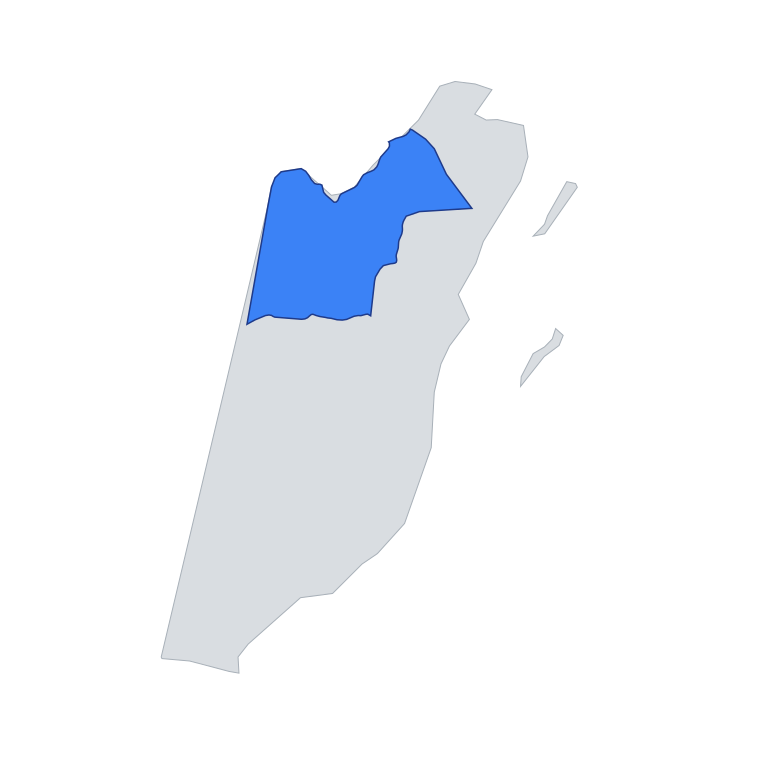 Belize, with Orange Walk highlighted, rotated 11°
{"feature_id": "BLZ-1326", "entity_name": "Orange Walk", "entity_type": "District", "adm_level": 1, "iso_a3": "BLZ", "parent_name": "Belize", "parent_adm1": "", "projection": "albers", "projection_center": [-88.77, 17.784], "detail": "fine", "context": "in_parent", "style": "filled", "palette": "blue", "viewbox_px": 768, "rotation_deg": 11, "n_neighbors": 0, "source": "natural_earth", "source_scale": "10m", "svg_char_len": 2210}
<svg xmlns="http://www.w3.org/2000/svg" viewBox="0 0 768 768"><g transform="rotate(11 384 384)"><path d="M235.9,232.7L235.8,211.7L242.4,195.2L261.4,188.3L286.1,202.7L296.3,208.8L305.6,205.4L317.2,196.5L331.6,171.0L367.5,118.4L381.9,81.0L396.0,73.5L416.3,72.1L433.8,74.5L421.6,101.8L433.9,105.4L444.9,102.8L471.6,103.6L482.0,133.6L479.3,158.7L454.3,225.1L451.2,247.9L439.8,281.9L455.5,304.3L441.0,334.2L436.1,353.4L434.9,382.4L442.5,437.5L430.8,517.0L409.9,551.7L396.8,564.9L373.5,599.4L342.8,609.7L300.3,665.2L292.8,679.8L296.8,695.5L286.9,695.7L246.0,693.0L218.4,695.9L217.4,694.5L219.8,634.8L223.5,542.4L226.2,474.6L228.9,408.3L230.9,358.6L233.6,291.0L235.9,232.7ZM513.1,205.9L502.2,210.4L511.1,196.5L512.4,187.6L524.8,150.5L533.8,150.7L536.2,154.0L513.1,205.9ZM536.0,326.5L518.5,360.3L517.3,350.7L524.6,325.7L534.5,317.0L540.6,307.7L541.9,296.8L550.6,302.1L548.5,312.8L536.0,326.5Z" fill="#d9dde1" stroke="#a8b0b8" stroke-width="1"/><path d="M238.1,351.5L237.0,284.8L236.1,232.8L236.0,211.9L237.7,202.3L239.5,199.8L242.6,195.3L261.6,188.4L266.5,190.1L270.3,193.5L273.7,197.4L277.6,200.4L280.3,200.7L282.9,200.1L285.1,200.6L288.2,207.4L291.1,209.7L300.3,215.1L302.4,214.5L303.7,212.5L304.8,207.2L305.8,205.5L317.5,196.7L319.6,194.1L322.9,184.7L324.0,182.5L327.4,179.7L330.5,177.8L333.2,175.8L335.5,172.2L336.2,169.6L336.9,164.2L337.5,161.8L343.2,152.2L344.0,149.5L343.2,146.1L342.3,145.4L348.8,140.6L355.5,137.3L358.2,135.2L360.5,131.6L361.2,128.8L363.5,129.3L378.1,135.7L388.5,143.5L405.2,166.2L436.7,194.8L385.9,208.0L373.8,215.0L372.4,219.2L371.9,221.2L371.7,223.7L371.8,225.4L372.6,228.6L372.8,230.1L372.8,233.2L371.4,239.6L371.3,240.6L371.3,242.0L372.0,247.4L372.0,248.7L371.4,254.4L371.5,256.1L372.6,259.2L372.9,260.5L372.8,262.1L371.7,263.2L369.8,264.0L367.5,264.7L360.8,267.9L358.2,272.0L355.2,280.4L355.1,284.7L357.9,319.6L354.7,318.5L353.0,319.0L348.3,321.3L345.6,321.7L341.7,323.2L335.0,327.7L330.9,329.2L325.6,329.9L319.5,329.6L316.2,329.9L313.8,329.8L308.4,330.0L304.3,329.7L300.9,329.1L299.3,329.7L297.7,331.6L296.3,333.5L293.9,335.2L290.7,336.2L264.0,339.2L262.2,338.8L260.4,338.1L257.9,338.2L254.6,339.4L245.1,345.7L238.1,351.5Z" fill="#3b82f6" stroke="#1e3a8a" stroke-width="1.5"/></g></svg>